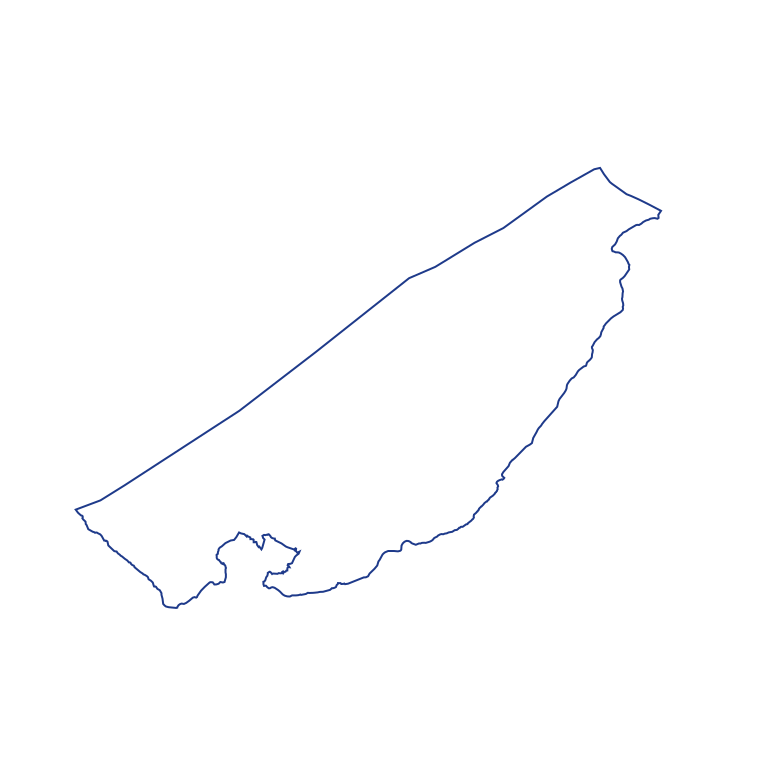 Buru, Maluku, Indonesia, rotated 130°
{"feature_id": "22746128B29167244459072", "entity_name": "Buru", "entity_type": "district", "adm_level": 2, "iso_a3": "IDN", "parent_name": "Indonesia", "parent_adm1": "Maluku", "projection": "albers", "projection_center": [126.803, -3.345], "detail": "fine", "context": "isolated", "style": "outline", "palette": "blue", "viewbox_px": 768, "rotation_deg": 130, "n_neighbors": 0, "source": "geoboundaries", "source_scale": "gbopen_adm2", "svg_char_len": 6144}
<svg xmlns="http://www.w3.org/2000/svg" viewBox="0 0 768 768"><g transform="rotate(130 384 384)"><path d="M678.4,539.4L679.3,535.7L679.4,533.2L679.4,531.5L679.0,530.8L679.0,529.9L679.7,529.1L680.7,528.8L681.1,527.4L681.3,524.2L683.0,522.4L683.2,521.2L685.3,517.2L684.4,512.1L683.9,511.2L683.7,509.7L682.8,509.1L682.3,508.2L682.2,507.1L681.6,504.7L681.9,502.6L683.8,497.7L683.2,497.1L683.2,496.4L682.5,495.8L682.5,494.5L684.9,491.4L685.4,483.3L684.9,482.2L684.2,481.2L684.8,479.0L684.6,476.6L684.8,475.4L684.5,473.8L684.5,470.2L684.2,467.3L684.6,464.7L684.0,464.0L683.9,463.2L684.4,462.3L684.5,460.5L684.0,458.9L684.3,457.9L684.7,457.4L684.7,449.8L684.3,447.0L684.5,446.0L684.0,444.7L683.6,442.2L683.7,440.7L684.9,438.8L684.5,436.2L684.7,433.5L686.8,430.3L686.9,429.8L686.2,429.2L685.9,428.3L686.6,425.9L686.1,423.3L686.5,422.1L687.3,420.0L688.5,419.0L690.8,415.7L694.4,411.8L694.7,409.6L694.6,408.0L693.4,405.5L689.1,399.2L688.2,398.6L687.6,399.0L685.4,399.2L683.6,398.7L682.3,397.9L681.1,395.9L678.8,394.8L675.2,393.9L670.5,393.1L669.0,392.1L668.4,390.6L667.4,390.3L666.0,390.8L659.8,391.3L654.5,390.9L648.1,390.0L647.3,389.5L646.4,388.4L646.0,387.6L646.6,385.1L645.3,383.6L643.3,382.3L640.9,382.1L639.6,379.8L638.2,378.9L633.7,380.9L631.3,382.9L630.3,384.2L627.7,386.4L626.5,386.8L626.2,387.5L625.3,388.6L624.9,390.0L625.0,390.6L624.4,391.5L624.6,392.2L625.0,392.2L625.5,391.8L625.9,393.3L625.6,394.3L625.3,394.7L625.4,395.3L624.9,397.3L625.2,397.7L625.2,399.5L624.7,400.4L623.5,401.4L622.6,402.4L622.2,402.5L621.4,402.1L620.8,402.2L619.5,403.2L617.9,403.7L617.1,404.4L616.0,404.6L614.8,404.6L612.6,403.9L607.8,403.2L602.5,400.9L599.8,398.6L596.2,398.7L590.9,399.6L590.4,397.6L588.8,394.5L589.1,391.1L588.2,391.3L588.2,390.4L587.5,387.8L588.7,386.6L588.0,385.9L587.7,385.2L587.1,384.6L587.1,383.8L589.0,382.1L588.3,381.3L587.4,380.8L587.1,380.2L588.9,377.6L589.5,375.2L588.7,375.0L589.5,371.6L587.9,371.9L579.9,375.5L579.7,377.5L578.5,379.5L576.7,378.9L576.0,377.7L573.8,376.2L574.0,376.0L573.2,375.4L573.5,373.3L574.0,372.1L573.9,370.7L573.1,368.8L572.6,368.3L573.7,366.8L572.0,360.0L571.6,354.8L571.1,353.0L568.8,347.1L568.3,346.5L566.7,346.1L566.7,345.4L567.9,344.7L568.8,344.9L568.6,343.6L569.0,342.2L568.8,341.2L567.9,341.5L566.7,341.0L568.9,340.3L571.8,341.0L573.8,341.1L580.4,339.3L582.0,340.2L583.5,341.7L584.8,341.3L585.0,340.3L584.7,339.7L585.1,338.7L585.6,339.6L587.1,339.7L589.0,338.2L589.7,338.9L591.1,338.8L592.2,339.7L593.5,339.6L592.6,340.9L593.6,341.2L594.4,340.6L595.3,341.3L596.7,343.2L597.8,343.5L600.4,347.0L601.0,347.5L601.5,347.6L601.1,349.5L601.2,350.8L601.4,351.0L603.4,351.6L604.1,351.0L605.9,350.1L607.2,350.1L608.6,349.7L610.3,348.9L612.0,348.7L613.0,349.3L615.0,347.5L615.8,346.1L614.9,345.4L614.4,344.7L614.7,342.7L614.5,340.8L613.6,340.0L612.3,339.6L611.2,338.7L610.4,336.8L609.9,332.5L609.9,330.2L610.3,326.4L610.0,324.1L608.9,321.6L607.3,319.5L605.0,318.5L602.1,315.1L600.6,313.7L599.0,312.7L598.9,312.0L595.1,308.9L592.9,308.1L592.2,307.0L589.2,303.7L586.2,300.8L584.6,299.6L582.3,297.1L576.4,293.0L573.8,292.6L573.4,291.9L571.9,290.9L570.4,290.3L568.5,291.0L567.0,290.8L566.1,291.3L564.5,289.3L564.7,288.2L563.1,286.5L562.4,286.2L562.4,285.2L560.1,283.2L545.2,275.2L543.7,273.6L541.5,272.6L538.5,273.2L531.7,272.5L527.4,272.5L523.5,274.2L521.5,274.3L515.6,275.5L514.0,275.4L512.2,275.0L509.3,273.5L505.5,269.0L503.2,265.7L501.4,264.4L500.6,264.2L499.7,264.4L496.5,266.7L494.0,267.2L491.7,266.9L489.8,266.0L488.8,264.7L488.4,263.9L488.0,261.9L488.2,260.8L487.9,259.6L486.7,256.3L483.7,254.7L482.8,253.6L481.3,252.8L479.8,251.2L478.9,249.9L475.4,247.6L473.8,246.9L472.4,246.5L469.6,246.5L466.6,245.2L465.4,245.2L463.1,244.3L461.9,243.4L461.1,242.1L459.6,241.3L458.0,239.9L456.2,239.1L453.3,236.7L450.6,235.9L448.9,234.4L447.1,234.0L445.9,234.0L445.5,233.5L444.3,233.4L443.7,233.1L443.2,232.3L442.7,231.9L438.8,230.9L437.7,230.0L437.1,230.2L436.2,230.1L432.5,229.3L430.9,229.3L430.5,229.1L429.6,229.1L428.4,229.4L427.8,230.2L426.2,231.1L423.3,230.6L422.3,230.7L421.8,230.5L421.5,230.6L421.4,230.5L421.1,230.6L419.9,230.5L419.7,230.7L419.1,230.7L418.6,231.0L417.2,231.0L416.5,230.8L415.6,230.9L415.2,230.6L412.5,230.4L410.6,230.5L407.9,229.9L407.6,229.5L406.5,229.7L405.2,229.4L404.7,229.6L404.4,229.5L403.8,229.7L402.7,229.7L399.5,228.8L396.6,228.6L395.8,228.9L394.9,228.6L394.1,228.8L393.4,228.7L392.6,229.1L391.7,229.2L390.4,230.5L389.0,230.8L388.3,231.8L387.6,234.2L386.3,234.6L384.7,234.3L383.2,233.6L381.4,232.5L381.1,231.7L379.7,231.4L378.6,231.5L378.5,234.0L378.2,234.7L377.3,235.6L374.6,236.0L366.8,235.8L363.4,236.9L359.6,236.8L359.5,236.6L356.5,236.1L340.8,234.9L336.7,233.3L334.2,232.7L329.4,235.0L322.9,236.2L320.1,236.9L318.2,237.1L314.9,236.9L313.0,237.2L309.4,237.3L290.1,236.7L285.0,239.3L282.6,239.9L275.1,240.2L272.3,240.6L270.3,241.2L267.3,243.1L265.9,243.5L262.0,243.9L259.1,243.8L257.0,242.9L253.9,242.9L249.7,243.6L247.7,243.5L242.3,242.3L240.3,241.0L239.5,241.2L237.6,242.1L236.5,242.3L233.1,241.8L230.9,241.8L229.9,242.0L227.4,243.8L225.8,244.5L223.8,245.8L222.7,247.9L221.9,248.6L220.4,248.7L216.5,249.6L212.7,249.5L211.0,249.1L208.4,249.0L206.4,249.8L204.7,250.8L199.9,251.8L198.7,252.7L197.0,252.7L195.1,252.9L187.8,252.3L184.7,251.6L176.9,249.0L173.8,248.7L172.4,249.5L171.5,250.7L170.0,251.2L168.5,252.7L166.8,255.3L165.7,256.5L164.2,257.2L161.0,259.6L159.4,260.4L157.5,262.8L156.8,264.6L154.2,268.6L152.9,269.7L152.1,269.9L149.2,269.2L146.7,269.0L138.6,269.8L136.8,271.7L135.0,272.6L134.7,274.2L134.0,275.1L131.9,280.8L131.6,283.8L131.8,286.4L132.3,288.6L133.2,289.9L134.2,291.1L134.9,293.5L135.4,294.3L135.0,295.1L134.1,296.4L132.3,297.2L128.5,296.7L125.3,297.3L122.1,298.5L118.8,298.5L117.2,298.1L114.5,298.2L111.0,296.5L108.2,295.9L100.4,293.1L99.4,292.4L98.2,290.8L95.6,289.9L93.4,289.6L90.3,288.4L88.0,286.8L86.3,286.3L84.3,284.7L82.9,283.3L81.6,280.7L80.3,280.4L78.1,282.6L73.3,283.1L76.2,296.5L78.9,307.7L81.2,315.8L82.7,320.2L84.1,338.3L84.1,340.9L81.9,350.3L79.6,357.4L84.4,361.0L109.6,370.5L135.7,379.7L187.8,392.8L217.6,405.4L261.3,420.0L286.8,432.8L403.3,456.8L497.5,477.6L628.4,517.6L655.4,526.4L678.4,539.4Z" fill="none" stroke="#1e3a8a" stroke-width="2"/></g></svg>